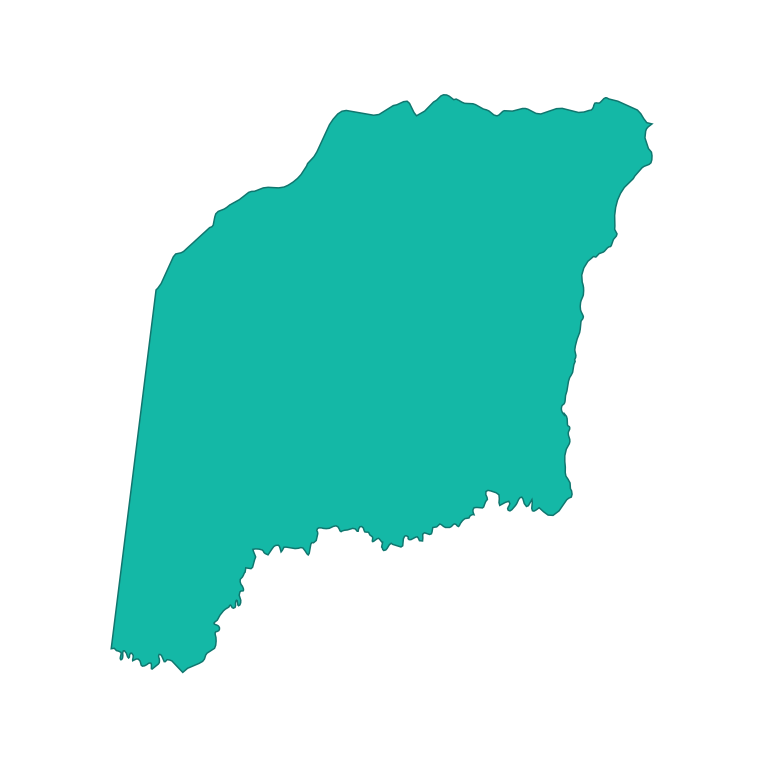 the Commissiary of Vichada, rotated 7°
{"feature_id": "COL-1427", "entity_name": "Vichada", "entity_type": "Commissiary", "adm_level": 1, "iso_a3": "COL", "parent_name": "Colombia", "parent_adm1": "", "projection": "equal_earth", "projection_center": [-69.078, 4.548], "detail": "fine", "context": "isolated", "style": "filled", "palette": "teal", "viewbox_px": 768, "rotation_deg": 7, "n_neighbors": 0, "source": "natural_earth", "source_scale": "10m", "svg_char_len": 6119}
<svg xmlns="http://www.w3.org/2000/svg" viewBox="0 0 768 768"><g transform="rotate(7 384 384)"><path d="M618.3,93.2L614.9,96.6L613.5,98.7L612.9,101.1L613.0,107.9L617.8,118.1L621.2,121.3L622.2,124.8L622.5,128.9L622.0,131.9L620.4,133.7L615.6,136.3L613.8,137.9L607.6,147.0L606.4,149.8L598.6,159.6L595.5,166.0L593.4,173.0L592.4,180.5L592.4,188.6L593.9,199.0L594.1,202.4L597.0,206.6L596.6,208.8L594.1,212.6L592.7,219.0L592.0,220.0L590.4,220.5L589.0,221.9L586.6,225.4L585.5,226.4L581.6,228.4L579.0,232.0L578.4,232.2L576.9,231.9L576.3,232.0L571.4,237.4L568.2,244.4L567.0,251.8L568.3,258.6L569.5,261.4L570.3,264.0L570.8,267.1L571.0,271.3L570.7,272.8L569.5,277.0L569.2,279.1L569.3,283.0L570.0,286.4L570.8,288.1L573.2,291.8L573.7,293.0L573.4,294.9L572.2,297.0L571.9,297.9L572.1,305.7L571.9,309.1L570.2,315.9L569.3,322.7L569.2,326.8L569.5,328.0L571.0,332.3L571.0,334.4L570.3,336.6L571.0,338.3L570.1,341.6L569.8,349.4L568.8,352.2L567.5,355.0L566.8,358.8L566.4,368.6L565.6,373.3L565.8,378.9L565.6,380.6L564.9,382.1L564.0,382.9L563.2,384.1L563.0,386.5L563.4,388.5L564.3,390.2L565.4,391.5L566.6,392.7L566.6,391.5L569.0,393.8L570.0,396.1L571.1,402.3L571.6,403.0L573.2,403.8L573.7,404.8L573.8,406.2L573.0,408.7L572.8,410.1L573.3,412.4L575.1,416.3L575.5,418.6L575.2,420.7L572.9,426.5L572.2,433.1L572.9,438.9L574.1,444.4L574.7,449.9L575.8,453.3L578.2,456.0L580.7,459.5L581.8,465.2L583.2,467.2L584.1,470.5L583.7,473.4L581.3,474.8L579.5,476.6L573.2,488.6L567.8,493.8L562.8,494.1L558.0,491.4L553.1,487.9L550.0,490.8L548.3,491.9L546.8,491.7L545.8,489.5L545.6,483.3L544.9,480.7L542.1,487.2L540.3,488.2L537.8,485.6L535.9,481.1L534.5,479.5L532.9,480.2L531.7,482.2L530.3,486.6L529.3,488.6L526.2,493.2L524.5,494.6L522.7,494.2L521.9,492.7L522.3,491.0L523.1,489.2L523.5,487.3L522.1,485.2L518.9,486.7L513.7,490.4L512.6,487.8L512.4,483.7L511.6,480.0L508.7,478.3L503.0,477.1L500.1,476.9L498.3,478.3L498.5,481.3L500.1,484.0L500.7,486.0L499.3,488.2L498.5,491.1L497.9,493.9L496.8,495.0L491.2,495.2L488.5,495.8L487.6,498.0L488.0,500.3L489.3,502.8L488.2,502.7L486.8,503.3L485.3,504.7L484.7,506.6L480.6,507.8L478.6,510.0L476.9,512.9L476.0,515.5L475.2,516.4L473.9,515.8L472.5,514.5L470.8,514.3L469.6,515.4L468.3,517.2L466.6,518.4L462.5,518.9L460.4,518.1L458.2,516.7L456.5,516.1L453.7,519.4L449.9,520.5L449.7,525.0L449.3,526.9L447.6,527.8L442.3,526.7L440.7,528.4L441.3,532.0L441.4,535.1L438.3,535.2L436.8,532.7L435.6,531.6L434.2,532.1L429.7,535.2L427.9,535.4L426.8,534.6L426.7,533.1L426.5,532.7L424.7,531.9L423.9,532.0L423.0,532.7L422.1,535.3L422.3,542.3L420.7,543.7L412.1,542.1L410.5,541.2L408.9,542.9L407.1,546.9L406.0,548.5L404.0,549.3L402.9,548.4L402.3,546.9L401.5,546.1L401.9,541.1L401.0,541.1L398.7,538.7L397.5,537.8L395.9,538.5L392.8,541.5L391.8,541.8L391.5,541.2L391.6,538.9L391.4,537.7L390.8,536.9L388.4,535.6L386.9,533.3L385.9,533.0L384.4,533.2L382.9,533.1L382.0,531.6L381.0,529.4L379.2,528.2L377.5,528.6L376.5,530.7L376.3,533.3L375.3,533.4L373.1,531.3L370.5,531.1L365.5,533.3L362.6,534.0L360.5,534.9L359.4,535.8L358.2,535.1L357.2,533.3L355.7,531.4L353.7,530.6L351.1,531.5L347.3,533.9L344.3,534.6L341.4,534.7L339.3,534.4L336.8,534.7L335.6,535.7L335.1,537.6L336.1,539.0L336.5,540.7L335.8,547.6L333.4,550.2L331.8,550.2L330.9,551.9L330.4,561.2L329.6,562.9L328.3,562.0L326.1,559.3L323.4,556.6L321.3,556.5L319.0,557.5L315.8,558.2L306.7,557.8L304.6,558.2L303.3,561.6L302.3,563.2L300.8,559.5L299.8,557.7L298.7,556.9L296.2,557.4L294.5,558.7L293.3,560.7L289.7,567.7L286.8,566.8L285.4,565.9L284.8,564.8L283.4,563.6L280.2,563.1L276.6,563.3L274.0,564.1L274.8,566.0L277.7,571.3L277.0,574.2L275.9,581.9L274.5,583.5L269.2,583.3L269.1,587.7L268.4,588.6L267.8,590.8L267.0,592.8L265.1,595.4L265.3,597.8L266.4,600.2L268.1,602.0L269.3,604.1L269.7,605.6L269.4,606.5L267.3,606.9L266.3,608.0L266.0,611.3L268.2,616.1L268.4,618.6L267.9,620.8L266.7,621.8L265.9,621.2L265.0,618.0L264.6,616.8L263.9,616.6L263.4,617.5L263.3,619.7L263.7,621.9L263.4,623.9L261.8,624.9L260.5,624.4L258.8,622.2L258.3,622.2L257.7,622.9L257.2,624.3L254.1,626.7L252.3,628.7L249.4,633.4L247.3,638.7L245.0,641.0L244.4,642.0L244.9,643.0L247.9,643.8L249.2,644.4L250.3,645.7L250.6,647.3L250.1,648.9L248.6,649.9L247.2,650.5L246.7,651.5L247.0,653.2L248.1,656.1L248.7,659.7L248.8,663.8L248.0,667.0L241.2,672.7L240.1,674.7L239.3,678.9L237.8,681.4L234.6,683.8L223.7,690.1L219.4,694.8L207.2,684.7L205.0,684.1L202.3,684.0L200.8,686.2L199.7,686.4L196.5,681.0L195.2,679.8L193.8,679.8L193.4,680.9L193.6,682.4L194.5,684.3L194.9,686.2L194.9,688.0L194.1,689.5L188.6,695.2L187.8,694.9L187.4,691.1L186.8,689.6L185.8,689.4L184.4,689.9L182.6,691.6L180.7,692.9L178.6,693.5L177.3,692.7L175.7,688.8L173.7,687.0L171.7,687.1L168.3,689.3L168.1,688.3L168.3,686.4L168.2,684.0L166.4,681.9L165.3,682.1L164.5,683.7L164.6,686.1L163.9,687.1L162.7,686.0L161.1,682.6L158.9,680.4L157.8,680.6L157.4,682.6L157.9,685.4L157.9,687.8L157.3,689.3L156.5,689.8L155.7,688.9L155.6,687.4L156.0,683.8L155.6,682.4L153.1,681.5L150.9,681.2L148.5,679.2L145.5,680.0L146.3,318.4L147.8,316.5L150.6,311.4L159.4,283.4L161.4,280.3L166.6,278.5L168.9,276.9L191.9,250.0L194.0,248.9L195.1,247.2L195.7,238.8L196.3,235.6L198.4,232.9L204.1,229.8L206.5,227.8L209.2,225.0L217.9,218.7L226.3,210.3L229.0,209.0L232.0,208.5L240.2,204.1L245.0,202.9L255.4,202.2L260.8,200.7L264.6,198.4L269.0,194.8L273.1,190.5L276.1,186.3L280.6,177.1L281.3,174.5L286.8,166.9L289.1,161.8L298.3,133.2L301.3,127.3L305.2,121.6L309.0,118.4L313.2,117.1L341.0,118.5L346.2,117.1L359.3,106.5L362.7,105.3L369.0,101.4L372.5,100.5L375.1,102.3L380.7,110.9L383.6,113.8L391.1,108.2L398.8,98.1L401.6,95.9L405.3,91.2L407.8,89.7L411.0,89.5L413.7,90.4L418.6,93.3L420.9,92.4L423.8,93.4L427.0,94.8L429.8,95.6L438.1,95.0L440.9,95.6L449.2,99.0L452.2,99.4L454.9,100.2L460.3,103.6L463.4,104.1L465.2,103.1L468.6,99.0L470.0,98.1L478.2,97.5L487.8,93.7L490.6,93.3L493.3,93.7L501.9,96.9L506.7,96.9L521.6,89.7L527.3,88.7L544.0,90.8L549.3,89.7L553.9,87.6L556.4,86.8L557.4,85.4L558.1,83.6L558.3,81.8L559.0,79.6L560.4,79.1L562.2,79.1L563.7,78.8L565.0,77.3L567.5,73.9L569.0,72.9L570.2,72.8L572.5,73.7L581.6,74.8L602.1,81.2L605.9,84.4L609.4,88.9L613.0,92.6L618.3,93.2Z" fill="#14b8a6" stroke="#0f766e" stroke-width="1.5"/></g></svg>